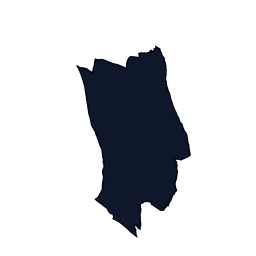 Hof nor, Vestfold, Norway, rotated 36°
{"feature_id": "86288312B12801335052403", "entity_name": "Hof nor", "entity_type": "district", "adm_level": 2, "iso_a3": "NOR", "parent_name": "Norway", "parent_adm1": "Vestfold", "projection": "equal_earth", "projection_center": [10.058, 59.556], "detail": "fine", "context": "isolated", "style": "filled", "palette": "ink", "viewbox_px": 256, "rotation_deg": 36, "n_neighbors": 0, "source": "geoboundaries", "source_scale": "gbopen_adm2", "svg_char_len": 5764}
<svg xmlns="http://www.w3.org/2000/svg" viewBox="0 0 256 256"><g transform="rotate(36 128 128)"><path d="M143.7,204.8L147.0,205.0L154.4,205.1L155.3,205.2L157.5,205.0L157.9,205.1L158.3,205.5L158.8,205.4L159.0,205.5L159.7,205.6L160.0,206.1L160.8,206.3L161.4,206.9L162.1,206.8L162.4,207.0L163.2,207.0L163.8,207.3L164.3,207.1L164.9,207.1L165.0,207.0L164.9,206.7L165.2,206.5L165.3,206.3L165.7,206.1L166.8,206.5L167.1,207.1L167.8,207.1L168.9,208.7L169.1,209.2L169.2,209.9L169.3,210.1L171.8,209.5L172.7,209.4L176.2,209.1L179.2,209.1L182.2,209.4L184.1,209.4L187.5,209.7L191.8,210.4L193.3,210.5L194.6,210.4L196.4,210.6L198.4,210.6L196.6,209.1L196.4,208.9L196.3,208.6L194.9,207.3L194.6,206.7L194.4,206.5L194.4,206.2L194.1,206.2L193.9,206.0L193.7,206.0L193.5,205.8L193.3,205.8L193.3,205.5L192.7,205.3L191.8,204.6L191.5,204.2L191.2,204.1L190.6,203.7L190.6,203.0L190.2,202.2L190.3,202.1L191.5,202.0L192.8,202.1L194.9,202.7L195.0,202.9L197.1,202.7L196.9,202.4L196.7,202.4L196.4,201.7L196.0,201.0L195.6,200.1L195.6,199.9L195.6,199.7L195.2,199.3L195.1,198.9L194.8,198.5L194.5,198.3L194.3,197.7L194.1,197.5L192.9,196.8L193.0,196.6L192.9,196.4L192.7,196.2L192.3,195.4L191.2,194.8L191.2,194.4L191.0,194.1L190.8,193.6L189.9,192.7L189.5,192.3L189.0,191.9L188.8,191.6L188.7,191.1L188.4,190.8L188.3,190.4L187.9,190.0L187.7,189.1L187.1,188.3L187.1,187.9L186.2,186.7L185.9,186.0L185.3,185.8L185.1,185.3L184.6,185.0L184.1,184.3L183.9,184.2L183.4,183.6L183.3,183.3L182.6,182.7L182.6,182.2L183.2,180.8L184.3,179.0L184.5,177.9L184.8,177.5L186.4,176.3L187.1,175.5L188.7,175.1L189.6,174.6L190.2,174.8L190.6,174.9L191.0,175.2L191.5,175.2L191.7,175.5L192.2,175.9L193.4,175.7L202.6,175.3L203.0,175.0L203.3,174.8L204.9,173.6L204.8,173.2L204.9,172.7L204.7,172.4L204.8,172.3L205.0,172.2L204.5,170.9L204.4,170.9L204.5,170.5L205.0,170.3L205.1,170.0L205.0,169.1L205.0,168.6L205.0,168.4L204.5,168.1L204.7,167.8L204.8,167.7L204.6,167.6L205.1,167.6L205.7,167.4L206.0,167.4L205.9,166.8L205.4,166.1L205.6,166.0L205.1,165.6L205.3,164.2L205.2,163.8L204.9,163.4L204.9,162.9L205.2,161.5L204.8,160.7L203.7,155.9L204.1,154.0L203.8,153.6L203.5,152.3L203.7,152.0L203.8,151.2L203.6,150.8L203.9,150.1L203.2,149.5L202.7,149.4L201.9,148.5L201.3,148.4L201.3,148.1L200.1,147.0L199.7,146.5L198.9,145.8L198.5,145.4L198.4,144.6L197.9,144.0L197.7,143.3L197.2,141.5L196.9,141.2L197.0,140.9L196.5,140.3L195.5,137.9L195.0,137.1L193.5,134.3L193.0,134.0L192.3,133.1L191.4,132.7L190.6,131.6L190.1,130.9L189.8,130.1L189.9,129.8L189.7,129.5L189.5,129.3L188.3,128.8L188.3,128.4L187.3,127.2L186.6,126.9L186.0,127.0L184.6,126.2L184.0,126.0L183.5,126.1L185.6,124.5L187.8,123.1L189.6,122.5L190.5,120.9L190.6,120.4L191.2,119.7L191.8,118.4L192.3,117.8L193.1,116.2L193.4,115.7L193.5,115.4L193.7,115.0L193.8,114.3L194.1,113.2L192.8,112.1L192.3,111.5L191.6,111.0L190.6,109.8L189.5,109.0L187.3,106.4L186.5,105.7L186.0,105.6L185.4,104.9L184.9,104.5L184.3,103.9L184.1,103.6L183.5,103.2L182.9,102.4L181.9,101.8L181.9,101.4L181.5,101.0L181.1,100.8L180.7,100.3L179.7,99.4L178.7,98.4L176.3,97.7L175.4,97.3L174.9,97.2L173.6,96.2L171.6,95.2L171.3,94.9L170.7,94.5L170.6,94.2L169.8,93.5L168.9,93.2L167.9,93.0L167.4,93.0L166.5,92.7L166.2,92.7L165.7,92.2L162.9,90.2L161.7,89.6L160.4,89.3L159.3,88.3L158.3,87.8L156.8,86.9L155.9,86.5L154.6,85.6L152.0,84.2L151.3,83.8L149.6,82.3L148.4,81.5L147.8,81.2L147.0,80.5L146.0,79.9L145.3,79.4L141.5,75.8L138.3,74.1L135.5,72.0L134.3,71.1L133.4,70.1L132.7,69.6L131.6,68.1L131.0,67.8L129.9,66.8L129.0,65.6L127.9,63.8L127.0,62.0L126.6,61.4L126.0,61.0L125.5,60.4L124.9,58.9L123.3,57.3L121.9,55.5L121.3,55.0L119.7,53.4L118.5,52.7L117.8,52.5L117.8,52.4L116.6,50.7L116.1,50.3L115.4,50.0L114.6,50.0L114.5,49.9L114.4,49.8L113.7,49.7L113.4,49.5L113.2,49.4L112.9,49.2L112.3,49.0L112.3,48.9L112.1,48.7L111.6,48.5L111.3,48.0L110.8,47.8L110.5,47.8L109.8,47.4L109.7,47.3L109.3,47.2L107.9,46.1L107.9,45.9L106.9,45.4L106.0,45.6L105.2,45.6L102.8,45.9L103.5,46.9L103.7,47.0L103.7,47.3L103.8,47.4L103.8,48.2L103.8,48.3L103.2,48.5L102.8,48.7L102.9,48.8L102.9,49.0L103.6,49.8L103.6,50.4L104.0,50.6L103.6,51.0L103.8,51.3L103.8,51.5L103.0,51.6L102.6,51.5L101.8,51.8L101.5,51.7L101.0,51.7L101.0,51.9L101.2,52.2L101.3,52.4L101.6,52.6L101.7,52.9L101.6,53.0L100.8,53.3L101.0,53.6L101.0,54.0L100.8,54.3L100.2,55.4L99.8,55.6L99.8,56.0L99.4,56.2L99.4,56.3L99.5,56.5L99.2,56.7L98.5,57.1L97.6,57.3L97.5,57.5L97.4,57.6L97.0,57.8L96.6,58.1L96.5,58.4L96.3,58.6L95.2,59.3L94.4,59.6L94.2,60.0L93.8,60.7L93.1,61.3L93.9,62.1L94.9,62.9L95.4,63.5L95.6,64.2L95.6,64.5L95.4,64.7L90.8,67.2L88.4,68.8L87.8,69.6L87.9,73.0L88.8,75.8L91.9,80.7L83.2,82.8L82.2,83.1L78.2,84.8L75.2,85.6L73.8,86.1L71.0,86.6L68.3,87.3L66.6,88.0L66.0,88.6L62.7,91.1L62.3,91.3L61.3,91.4L61.4,92.1L62.2,93.8L63.6,96.2L64.8,99.3L66.9,104.2L62.7,104.6L60.1,104.5L59.6,104.7L59.2,104.7L59.2,104.8L56.6,105.7L55.5,106.5L53.8,107.5L50.0,107.6L53.3,108.9L54.4,109.6L55.7,110.2L56.6,111.0L58.3,112.0L65.1,116.8L66.3,117.9L67.5,118.7L68.3,119.4L70.7,121.8L71.5,122.7L73.2,124.3L74.2,125.4L75.6,126.6L77.0,128.2L80.1,131.4L82.6,133.8L83.1,134.2L83.6,135.0L84.2,135.4L85.8,137.1L86.6,137.7L87.5,138.9L87.9,139.0L88.5,139.8L91.3,141.8L92.5,143.0L93.2,143.5L96.8,146.9L97.2,147.2L97.5,147.3L98.9,148.1L100.1,148.3L101.1,149.0L103.9,150.2L106.1,152.0L107.5,152.7L108.9,153.6L116.7,159.1L117.8,159.6L119.8,160.8L124.5,166.0L126.3,167.5L126.8,168.0L127.7,169.4L127.7,169.7L128.2,170.2L129.2,170.9L131.6,173.4L132.4,176.7L133.0,178.0L135.1,180.3L136.0,180.9L137.4,182.4L137.7,182.8L139.4,186.4L139.9,187.2L140.0,187.5L140.6,188.5L141.2,189.6L142.1,190.7L142.8,191.4L143.1,191.8L143.2,192.0L143.1,192.3L143.4,192.9L143.7,195.3L143.9,196.2L144.1,196.6L144.2,197.0L144.0,197.6L144.4,199.3L144.4,200.0L144.6,201.9L144.4,202.3L143.8,204.3L143.7,204.8Z" fill="#0f172a" stroke="#020617" stroke-width="1.5"/></g></svg>